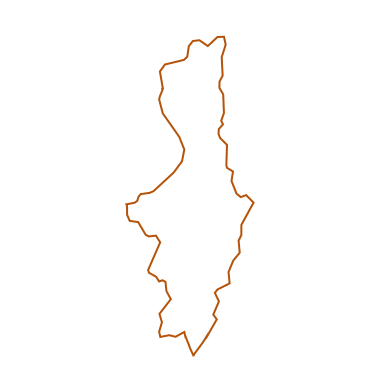 the border of Dungannon, rotated 105°
{"feature_id": "GBR-2089", "entity_name": "Dungannon", "entity_type": "District", "adm_level": 1, "iso_a3": "GBR", "parent_name": "United Kingdom", "parent_adm1": "", "projection": "robinson", "projection_center": [-6.923, 54.449], "detail": "fine", "context": "isolated", "style": "outline", "palette": "amber", "viewbox_px": 384, "rotation_deg": 105, "n_neighbors": 0, "source": "natural_earth", "source_scale": "10m", "svg_char_len": 1275}
<svg xmlns="http://www.w3.org/2000/svg" viewBox="0 0 384 384"><g transform="rotate(105 192 192)"><path d="M220.9,252.2L217.2,244.6L214.8,242.6L210.3,242.4L207.3,241.0L203.8,232.7L201.2,229.4L177.7,214.6L164.9,209.6L153.0,210.4L142.0,218.6L123.6,240.6L111.1,247.7L108.0,247.8L101.4,246.9L99.9,247.5L99.8,247.3L99.6,246.9L83.9,254.2L75.8,251.1L66.5,234.0L62.6,231.6L52.0,232.8L45.9,230.2L43.5,224.1L46.9,214.5L35.7,207.5L33.8,201.3L40.9,197.6L54.1,198.2L71.7,192.5L78.2,194.0L84.3,192.5L89.7,187.1L107.4,181.6L115.6,182.2L118.7,179.6L124.3,182.4L129.0,181.4L132.6,178.8L137.4,170.4L157.4,165.7L159.6,164.4L161.6,157.7L171.1,156.7L182.0,148.6L184.3,143.6L181.0,138.9L186.3,129.8L211.0,135.8L220.8,133.2L226.9,134.4L238.3,130.2L247.6,134.4L259.9,136.0L270.5,132.0L279.5,142.1L283.5,143.8L290.7,137.7L304.9,139.7L308.6,135.1L327.2,140.0L326.6,140.2L334.3,142.5L349.0,148.3L350.2,147.8L344.3,152.7L333.4,160.7L333.6,160.9L329.2,163.2L336.1,170.4L336.2,176.9L340.2,185.1L335.5,187.6L325.7,187.3L318.1,191.9L301.0,184.7L294.4,191.0L285.6,194.4L284.9,197.6L286.9,200.7L283.2,204.6L281.1,212.7L278.7,214.2L248.9,209.7L243.5,215.5L246.1,222.3L245.3,225.7L235.0,236.2L236.0,244.7L230.8,248.8L223.5,250.8L221.9,251.3L220.9,252.2Z" fill="none" stroke="#b45309" stroke-width="2"/></g></svg>